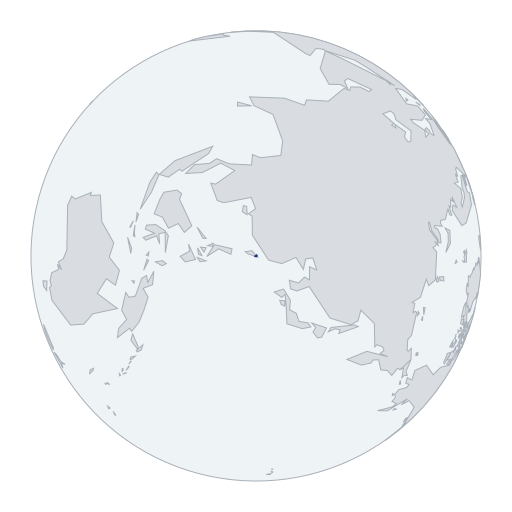 globe centered on Taoyuan, rotated 102°
{"feature_id": "TWN-1168", "entity_name": "Taoyuan", "entity_type": "County", "adm_level": 1, "iso_a3": "TWN", "parent_name": "Taiwan", "parent_adm1": "", "projection": "orthographic", "projection_center": [121.286, 24.86], "detail": "fine", "context": "on_globe", "style": "filled", "palette": "blue", "viewbox_px": 512, "rotation_deg": 102, "n_neighbors": 0, "source": "natural_earth", "source_scale": "10m", "svg_char_len": 11317}
<svg xmlns="http://www.w3.org/2000/svg" viewBox="0 0 512 512"><g transform="rotate(102 256 256)"><circle cx="256" cy="256" r="225" fill="#eef3f6" stroke="#a8b0b8"/><path d="M441.0,359.8L440.8,361.1L440.5,361.4L441.0,359.8ZM409.6,91.2L393.2,77.9L393.7,77.9L389.0,74.6L388.0,74.8L388.6,75.8L371.1,69.8L365.6,76.1L371.3,83.0L364.2,78.2L380.2,95.5L382.0,105.0L375.3,91.4L371.1,88.0L370.0,92.7L365.4,90.3L362.3,91.4L356.9,88.4L353.4,81.4L349.8,79.5L349.3,83.0L343.5,82.7L344.9,77.7L335.0,76.8L327.3,66.5L335.3,58.1L326.5,52.2L322.5,44.0L318.3,43.2L314.1,40.5L307.7,38.8L308.8,38.4L302.8,37.5L303.0,38.3L300.4,38.3L296.6,37.6L297.4,36.7L299.4,37.0L297.6,36.4L299.6,36.3L296.5,35.9L297.8,35.4L290.9,35.0L287.4,33.8L289.8,33.7L296.8,34.9L319.7,39.9L321.1,40.3L337.3,45.9L353.1,52.7L368.3,60.7L382.8,69.8L396.6,80.0L409.6,91.2ZM467.5,200.6L465.7,196.2L467.1,197.2L467.5,200.6ZM464.3,194.9L465.0,196.1L464.4,195.3L464.3,194.9ZM463.7,195.1L464.1,194.9L463.8,195.7L463.7,195.1ZM463.0,196.1L463.3,195.4L463.4,195.7L463.0,196.1ZM461.4,196.2L460.9,196.1L461.0,194.9L461.4,196.2ZM389.6,76.8L388.5,75.1L391.0,76.2L392.5,77.7L389.6,76.8ZM384.1,76.0L382.3,74.2L387.7,77.0L387.1,77.2L384.1,76.0ZM376.5,89.0L376.5,86.5L378.1,89.8L376.5,89.0ZM362.8,92.1L364.2,93.7L362.0,93.7L362.8,92.1ZM351.7,89.2L347.6,89.0L351.1,87.9L351.7,89.2ZM292.4,33.7L302.0,35.5L303.9,35.9L298.3,35.0L292.4,33.7ZM344.8,88.1L335.0,88.3L337.4,91.6L325.1,82.9L337.5,85.2L341.5,83.2L341.7,86.0L344.8,88.1ZM304.7,38.9L304.3,38.0L308.1,39.5L304.7,38.9ZM307.8,39.9L323.2,45.7L321.9,47.1L317.0,44.6L318.1,47.4L309.9,45.2L307.4,43.2L309.9,42.6L304.9,42.3L307.8,39.9ZM319.9,78.3L317.0,77.6L319.4,77.1L319.9,78.3ZM299.6,38.5L302.9,39.3L302.0,40.5L295.4,39.1L297.8,39.1L299.6,38.5ZM322.5,49.4L320.6,50.3L313.5,48.7L311.8,48.9L309.6,45.3L322.5,49.4ZM296.1,38.5L292.0,38.4L289.0,37.3L296.4,37.8L296.1,38.5ZM304.6,41.5L303.8,42.1L302.1,41.2L304.6,41.5ZM276.0,34.0L279.9,34.6L279.8,35.2L276.0,34.0ZM290.7,38.4L291.8,38.8L292.2,39.2L288.9,39.0L290.7,38.4ZM304.7,44.6L302.1,43.8L305.3,45.9L300.0,45.1L299.5,43.0L297.5,43.6L295.9,43.3L297.3,41.9L304.7,44.6ZM286.8,40.1L284.4,37.7L277.2,36.3L277.1,35.7L288.7,38.1L286.8,40.1ZM292.9,41.2L289.1,40.3L290.9,39.8L294.6,40.1L292.9,41.2ZM296.6,45.4L304.8,47.2L304.6,47.7L296.6,45.4ZM284.4,39.8L285.0,40.4L283.7,39.7L284.4,39.8ZM292.5,43.7L295.4,44.2L295.1,44.7L292.5,43.7ZM283.9,41.4L283.1,40.5L285.6,40.6L283.9,41.4ZM287.5,42.5L286.5,43.1L286.9,41.1L288.9,42.6L287.5,42.5ZM291.8,44.1L292.5,44.5L290.6,43.8L291.8,44.1ZM275.0,42.0L275.0,39.5L280.4,39.5L279.7,41.8L275.0,42.0ZM87.3,106.7L86.9,107.1L86.6,107.5L87.3,106.7ZM74.0,123.2L65.8,135.7L69.5,131.7L62.8,147.8L63.0,154.3L75.9,140.4L75.6,129.1L82.8,119.6L88.8,121.9L90.1,133.1L92.9,129.8L98.1,117.1L104.5,114.6L100.6,112.5L97.6,117.1L95.1,116.2L97.6,112.0L99.8,111.1L101.2,106.9L90.4,113.3L86.3,118.7L86.0,113.0L79.1,121.7L76.8,123.0L87.7,109.0L91.4,105.6L106.6,89.0L102.7,92.0L88.1,108.1L89.9,105.5L84.6,110.6L90.1,104.7L107.1,87.3L109.5,84.9L134.3,66.4L130.9,68.8L135.0,67.1L132.9,69.5L143.2,64.5L143.5,65.3L137.3,67.8L131.9,71.3L127.6,78.6L129.4,78.8L136.4,75.2L134.3,78.1L141.7,73.7L143.5,77.1L147.5,69.7L155.9,66.3L161.7,66.5L165.2,64.3L155.7,64.2L151.2,65.5L146.3,68.6L134.9,72.3L134.5,70.9L149.1,62.7L150.1,60.2L161.1,55.9L180.0,57.3L183.5,60.9L170.9,73.4L165.1,74.0L166.7,69.6L157.2,76.7L161.8,74.6L160.1,77.4L167.7,75.7L166.8,77.6L175.5,73.0L175.4,75.2L169.8,78.1L180.9,78.4L182.8,82.9L185.7,82.2L188.3,80.1L189.1,87.7L191.2,86.9L191.8,84.0L196.3,80.5L204.7,77.7L204.5,80.5L201.4,81.9L194.8,89.4L186.7,93.3L187.5,94.2L194.4,91.6L202.6,82.3L207.7,79.9L204.6,84.2L206.1,82.4L208.6,82.2L210.9,84.7L214.6,80.1L242.0,75.6L249.1,80.8L243.4,84.6L262.3,86.6L268.9,93.7L269.4,90.8L278.8,90.7L276.9,88.4L277.8,87.1L301.2,87.4L306.5,90.2L317.1,88.5L317.4,87.2L314.0,84.9L325.1,82.9L337.4,91.6L336.2,94.0L344.7,98.4L340.7,103.5L341.4,110.3L332.0,114.4L333.4,120.0L336.6,121.1L340.8,130.1L338.3,145.6L326.2,127.7L327.1,106.4L325.5,114.3L321.6,111.2L318.5,113.4L317.7,119.4L320.2,120.9L297.4,126.2L287.1,142.2L298.1,142.7L303.4,148.9L301.3,170.8L274.8,197.7L281.7,208.7L281.0,215.3L272.8,218.4L273.5,208.7L266.6,204.2L268.2,198.7L255.3,201.4L257.1,193.6L246.1,200.1L248.6,206.8L259.3,206.9L249.1,216.6L258.1,229.2L257.4,242.8L236.5,263.8L217.8,268.1L216.3,272.2L209.8,266.2L199.7,272.9L210.6,298.7L209.8,305.4L194.1,315.4L194.1,310.4L176.8,294.5L172.5,309.8L185.5,325.8L189.9,341.9L179.4,335.1L175.1,320.7L169.0,314.7L171.4,301.2L167.9,279.2L157.4,280.6L159.0,272.3L152.5,252.6L137.8,253.9L114.0,268.8L109.4,289.1L101.7,295.4L95.7,260.9L98.5,239.8L92.8,239.1L89.5,217.4L73.8,204.8L74.6,198.6L71.0,198.6L69.1,189.4L71.6,179.8L69.1,177.4L63.3,203.1L66.3,205.9L73.2,201.1L70.7,209.3L72.9,220.2L59.4,232.2L41.1,230.8L44.5,214.9L57.5,164.7L60.1,161.1L60.3,160.6L60.8,159.6L56.7,165.0L60.6,155.9L48.1,188.0L43.8,200.4L40.8,231.4L39.8,232.8L40.4,240.4L48.7,244.8L47.6,249.7L40.5,267.7L33.6,285.7L37.5,309.0L42.1,326.6L42.3,327.3L37.7,311.5L34.2,295.3L31.9,279.0L30.8,262.5L30.9,246.0L32.3,229.6L34.8,213.3L38.5,197.2L43.4,181.5L49.4,166.1L56.6,151.2L64.8,136.9L74.0,123.2ZM86.1,154.4L90.4,161.5L97.7,148.6L99.9,150.5L101.6,145.7L98.2,147.7L103.6,135.4L108.7,135.5L112.9,130.9L111.7,128.4L101.4,130.4L93.5,147.6L88.7,150.2L86.1,154.4ZM155.7,54.3L151.6,56.5L148.6,58.0L148.9,57.8L155.7,54.3ZM140.6,62.5L143.8,60.6L144.6,60.2L146.5,59.3L160.3,52.6L159.1,53.7L157.4,54.1L155.3,55.5L152.0,56.6L137.4,65.0L133.8,67.0L138.1,64.0L140.6,62.5ZM197.5,39.0L203.5,37.6L193.3,41.5L188.9,42.4L191.3,40.7L197.9,38.7L197.5,39.0ZM280.5,32.4L283.5,32.7L283.3,32.8L280.6,32.6L280.5,32.4ZM264.8,30.9L270.7,31.3L268.7,31.1L281.2,32.1L282.8,32.3L288.8,33.1L280.6,32.1L277.0,32.0L282.4,33.6L293.7,35.9L291.9,36.7L287.6,36.7L284.6,36.2L286.8,35.7L281.2,35.5L282.0,34.5L277.9,34.3L267.5,31.6L270.3,31.7L260.8,30.9L264.5,30.9L264.8,30.9ZM245.6,31.0L248.8,31.0L245.5,31.8L250.5,31.5L250.4,31.9L246.4,32.0L252.4,32.2L251.3,32.7L255.9,34.4L265.2,35.1L267.1,36.1L262.9,36.0L267.8,37.0L261.1,37.8L262.3,38.6L256.9,40.4L248.0,40.4L250.0,41.4L246.0,43.2L238.5,43.8L242.2,42.0L231.3,44.1L232.0,42.0L230.7,42.4L228.3,41.2L223.2,40.6L224.6,39.7L222.0,39.9L220.4,39.3L217.3,39.4L218.7,38.0L215.1,38.1L217.8,37.4L211.1,38.1L216.7,37.0L215.2,36.6L210.6,37.8L225.7,32.8L226.7,32.6L245.6,31.0ZM273.2,42.4L262.5,42.2L257.6,41.2L269.0,38.5L268.9,37.6L276.0,36.5L283.0,38.2L280.3,38.3L279.3,38.9L277.5,38.1L278.2,39.1L274.5,39.4L274.0,40.4L270.7,40.0L273.2,42.4ZM88.2,105.9L86.8,107.6L85.7,109.3L82.4,112.9L88.2,105.9ZM97.5,95.9L99.5,93.9L98.9,94.6L93.6,99.8L94.3,99.2L97.5,95.9ZM103.2,90.7L99.3,94.2L102.2,91.4L103.2,90.7ZM137.2,68.4L137.2,69.2L135.4,70.3L133.4,71.0L137.2,68.4ZM206.2,51.7L209.1,50.3L210.1,50.5L218.2,48.9L218.3,50.6L213.5,52.3L206.2,51.7ZM73.3,141.2L70.6,142.3L71.7,139.8L72.4,139.9L73.3,141.2ZM74.7,126.6L72.2,131.8L73.8,127.5L74.7,126.6ZM207.6,53.3L210.9,52.4L208.9,53.9L207.6,53.3ZM218.8,51.9L217.2,53.6L219.2,50.7L218.8,51.9ZM138.1,447.6L142.8,450.5L140.5,449.3L138.1,447.6ZM50.7,339.7L59.5,365.6L56.8,361.3L51.7,351.0L45.4,333.8L46.9,333.4L46.4,327.1L50.7,339.7ZM247.0,383.3L254.0,384.7L253.8,385.5L247.0,383.3ZM239.7,379.5L247.6,380.5L238.4,381.3L239.7,379.5ZM250.7,380.9L258.8,379.7L262.3,378.5L261.7,380.3L250.7,380.9ZM234.3,379.0L205.8,375.1L194.6,370.8L197.1,367.9L215.1,371.5L234.3,379.0ZM196.2,367.6L179.5,354.9L157.7,321.2L165.5,323.6L188.5,346.0L187.0,348.7L197.1,358.2L196.2,367.6ZM237.4,355.7L235.9,364.4L220.0,361.7L212.8,359.3L207.9,347.0L210.6,341.6L216.4,342.6L239.8,325.1L247.8,331.0L240.4,338.8L247.0,347.4L237.4,355.7ZM110.0,291.4L113.2,305.4L109.2,305.9L110.0,291.4ZM249.8,311.6L240.0,319.7L249.2,308.5L249.8,311.6ZM255.6,300.6L255.9,305.4L252.3,300.5L255.6,300.6ZM215.5,278.6L209.3,278.8L209.4,275.4L217.4,273.3L215.5,278.6ZM256.7,254.3L255.6,264.1L254.0,267.4L251.7,261.1L256.7,254.3ZM213.1,71.0L201.8,70.9L193.7,72.9L189.3,76.9L190.7,71.7L203.2,68.5L213.1,71.0ZM238.5,74.5L242.3,71.7L243.9,73.4L243.3,74.3L238.5,74.5ZM238.5,72.4L237.0,68.2L241.3,67.0L241.6,70.5L238.5,72.4ZM221.8,59.6L218.5,59.3L220.2,58.0L221.8,59.6ZM387.9,435.2L390.1,434.7L383.7,439.9L374.9,445.8L367.0,449.6L387.9,435.2ZM324.4,459.2L324.0,455.2L333.3,453.6L329.6,457.7L324.4,459.2ZM394.0,430.5L399.7,425.0L401.8,420.0L401.2,423.9L405.9,421.5L392.0,433.6L394.0,430.5ZM289.5,442.3L245.5,450.8L235.7,448.7L237.8,444.7L228.0,430.2L231.2,430.8L228.7,420.9L254.4,414.0L272.8,397.8L287.6,399.3L298.4,386.6L313.8,387.4L309.4,397.6L325.6,403.5L336.2,380.6L346.4,403.5L358.4,410.2L362.1,422.9L341.9,446.2L330.0,451.4L327.6,450.0L322.7,452.4L314.8,452.3L310.1,446.2L305.3,448.5L309.8,443.3L302.9,448.1L298.6,443.9L289.5,442.3ZM399.6,391.6L401.9,391.6L405.7,394.2L401.9,394.6L399.6,391.6ZM435.0,367.1L436.1,368.3L433.7,369.9L435.0,367.1ZM440.5,361.4L437.7,363.5L441.0,359.8L440.5,361.4ZM411.7,375.3L412.9,376.4L411.9,377.2L411.7,375.3ZM410.7,375.1L412.1,372.4L411.9,374.8L410.7,375.1ZM399.5,365.2L400.8,363.7L401.5,364.5L399.5,365.2ZM264.4,385.5L274.1,379.3L279.5,379.0L264.4,385.5ZM397.4,363.0L393.8,363.4L394.2,362.1L397.4,363.0ZM397.6,359.9L397.2,358.1L399.4,362.0L397.6,359.9ZM390.7,357.0L395.1,359.5L390.2,357.5L390.7,357.0ZM388.1,357.9L385.0,356.9L385.2,356.3L388.1,357.9ZM353.0,364.7L364.7,374.6L355.4,375.3L344.9,369.3L336.9,376.2L318.7,375.8L322.8,371.7L320.2,365.6L301.6,363.2L297.8,359.0L304.4,356.3L292.1,352.8L305.5,351.2L311.1,359.7L318.7,353.0L331.9,354.3L344.9,356.6L355.5,362.0L353.0,364.7ZM305.7,369.7L308.0,369.7L306.0,372.2L305.7,369.7ZM379.0,353.2L383.5,356.6L383.0,357.7L380.8,357.4L379.0,353.2ZM357.9,360.4L369.2,352.4L371.9,352.3L364.4,360.9L357.9,360.4ZM366.4,348.2L371.7,348.6L374.5,352.2L373.4,353.4L366.4,348.2ZM278.4,361.3L277.9,363.6L274.4,361.6L278.4,361.3ZM282.8,360.1L293.3,362.9L281.9,362.0L282.8,360.1ZM251.7,349.8L254.6,355.7L264.1,352.8L256.9,357.4L263.4,367.0L261.3,370.3L254.8,360.0L252.7,369.9L248.5,369.4L246.1,360.5L250.3,350.1L254.4,346.0L271.5,345.4L251.7,349.8ZM282.7,353.2L280.0,346.5L282.1,342.2L285.0,345.9L282.7,353.2ZM272.1,330.1L265.1,321.9L258.5,324.4L272.0,314.4L276.5,324.0L272.1,330.1ZM266.4,312.6L260.2,314.8L266.8,309.0L266.4,312.6ZM258.8,312.1L258.3,306.5L263.1,307.7L258.8,312.1ZM269.6,313.1L271.1,303.9L273.3,309.5L269.6,313.1ZM256.8,294.1L266.7,304.0L253.5,299.0L253.9,280.9L259.6,281.0L256.8,294.1ZM294.5,223.6L293.7,218.4L299.1,217.5L298.1,221.3L294.5,223.6ZM315.9,211.6L300.2,215.7L287.5,219.5L291.1,222.1L287.5,230.7L282.6,222.2L292.1,213.2L301.6,211.9L303.7,204.7L311.1,200.3L310.6,191.3L314.0,187.6L317.4,195.6L315.9,211.6ZM310.0,187.5L311.7,172.1L321.6,174.8L323.4,178.8L318.4,184.5L313.5,182.7L310.0,187.5ZM315.0,169.4L310.3,167.7L302.9,145.2L303.8,141.3L314.6,158.9L310.8,158.3L310.8,163.6L315.0,169.4ZM317.5,79.1L317.0,77.7L319.2,79.1L317.5,79.1ZM276.5,85.8L278.2,84.3L280.7,85.6L276.5,85.8ZM284.2,80.9L280.2,80.4L284.5,79.7L284.2,80.9ZM271.3,79.8L278.7,79.7L271.5,81.5L271.3,79.8Z" fill="#d9dde1" stroke="#a8b0b8" stroke-width="1"/><path d="M254.9,255.6L255.0,255.4L255.2,255.2L255.4,255.2L255.5,255.1L256.0,255.0L256.3,255.1L256.4,255.3L256.2,255.5L256.2,255.8L256.2,256.0L256.3,256.1L256.5,256.1L256.6,256.3L256.6,256.5L256.6,256.8L256.6,257.0L256.4,257.0L256.2,256.9L256.0,256.7L256.1,256.4L255.9,256.3L255.9,256.2L255.7,256.2L255.5,255.9L255.4,255.9L255.2,255.8L255.2,255.7L254.9,255.7L254.9,255.6Z" fill="#3b82f6" stroke="#1e3a8a" stroke-width="1.5"/></g></svg>